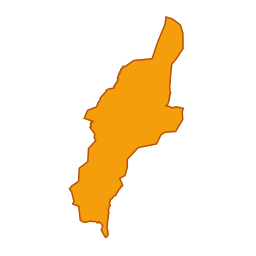 Ixtamir, Arhangay, Mongolia, rotated 354°
{"feature_id": "93677404B6995675757319", "entity_name": "Ixtamir", "entity_type": "district", "adm_level": 2, "iso_a3": "MNG", "parent_name": "Mongolia", "parent_adm1": "Arhangay", "projection": "albers", "projection_center": [100.859, 47.539], "detail": "fine", "context": "isolated", "style": "filled", "palette": "amber", "viewbox_px": 256, "rotation_deg": 354, "n_neighbors": 0, "source": "geoboundaries", "source_scale": "gbopen_adm2", "svg_char_len": 4932}
<svg xmlns="http://www.w3.org/2000/svg" viewBox="0 0 256 256"><g transform="rotate(354 128 128)"><path d="M191.1,54.7L192.5,39.4L190.9,31.1L183.9,24.4L177.4,21.5L177.1,23.6L175.2,29.7L166.7,45.3L159.2,61.6L140.7,61.5L130.8,66.9L129.9,66.2L129.9,66.3L129.7,66.3L129.1,66.7L129.0,66.8L129.1,67.1L129.0,67.3L128.9,67.4L128.9,67.5L128.5,67.9L128.0,67.9L127.9,68.0L128.0,68.0L128.0,68.4L128.0,68.5L127.8,68.4L127.7,68.6L127.3,68.9L127.3,69.1L127.2,69.5L126.9,69.5L126.8,69.9L126.8,70.0L126.6,70.2L126.3,70.4L126.1,70.7L125.8,71.5L125.6,71.5L125.5,71.8L125.6,72.2L125.4,72.2L125.3,72.3L125.6,72.4L125.4,72.6L125.4,72.8L125.2,72.8L124.8,73.0L124.6,73.3L124.6,73.5L124.6,73.8L124.4,73.8L124.3,74.1L124.2,74.2L124.1,74.4L124.2,74.5L123.9,74.9L123.7,75.4L123.4,75.6L123.2,76.6L123.2,76.8L122.8,76.9L122.8,77.0L122.8,77.5L122.9,77.8L123.1,77.9L123.1,78.1L123.0,78.3L123.0,78.6L122.7,78.9L122.7,79.0L122.9,79.3L122.8,79.5L122.5,79.9L122.3,80.0L122.4,80.5L122.3,80.8L122.2,81.1L121.8,81.1L121.3,81.4L121.2,81.5L121.2,81.8L121.0,82.0L120.9,81.9L120.8,82.0L120.5,82.3L120.4,82.5L120.4,82.8L120.2,83.0L120.0,83.3L119.9,83.5L119.6,83.7L119.5,83.9L119.4,83.9L119.2,84.2L119.2,84.3L118.6,84.4L118.6,84.5L118.9,84.8L118.7,85.1L118.6,85.3L118.7,85.7L118.7,85.8L118.3,85.9L118.2,86.0L118.2,86.3L118.2,86.5L118.2,86.8L113.8,87.1L110.7,87.8L109.8,89.5L106.5,92.5L103.7,95.1L102.7,97.8L100.9,99.5L99.0,103.7L89.6,106.2L85.4,113.8L94.1,117.8L93.9,118.1L93.6,118.2L93.2,118.2L92.9,118.3L92.6,118.2L92.4,118.2L92.3,118.4L92.1,118.6L91.9,118.9L91.9,119.1L91.7,119.3L91.6,119.5L91.4,119.3L91.3,119.5L91.2,119.6L91.3,119.8L91.3,120.0L91.2,120.3L91.3,120.4L91.3,120.5L91.1,120.6L91.1,120.8L91.2,121.0L91.3,121.0L91.5,121.1L91.2,121.4L91.3,121.6L91.5,121.6L91.3,121.9L91.3,122.0L91.1,122.1L91.1,122.3L91.3,122.2L91.3,122.3L91.2,122.4L91.2,122.5L91.1,122.8L90.8,123.0L91.3,123.1L91.2,123.4L90.9,123.8L90.6,123.9L90.5,124.0L90.7,124.3L90.8,124.3L94.4,130.6L93.4,133.6L94.6,137.1L86.6,144.2L84.5,157.3L75.4,162.8L73.2,175.9L66.0,179.8L63.5,182.3L65.3,186.2L66.6,195.2L65.0,197.8L70.8,200.7L70.9,213.0L70.7,213.8L70.9,214.7L71.1,215.0L72.3,215.7L73.1,216.6L74.1,217.0L74.7,217.2L75.3,217.3L76.2,217.4L76.8,217.3L77.8,217.0L81.6,216.7L81.9,216.8L82.6,217.2L83.1,217.4L83.5,217.5L84.7,217.5L85.7,217.7L86.7,218.0L87.1,218.3L87.3,218.9L87.4,219.1L87.9,219.3L88.2,219.3L88.5,219.2L88.8,218.8L89.2,218.4L89.6,218.3L92.7,222.3L90.8,226.6L92.4,230.8L94.2,234.5L95.4,234.1L96.1,233.6L96.7,232.8L96.9,232.2L97.2,231.1L97.0,230.1L97.1,228.9L97.1,228.6L97.1,228.4L97.1,228.2L97.1,227.5L96.9,227.1L96.9,226.5L96.9,226.1L96.7,225.7L96.6,224.9L96.6,224.7L96.9,224.1L96.9,223.9L97.1,223.5L97.0,223.0L97.1,222.7L97.4,222.3L97.4,221.6L97.3,221.4L97.4,221.1L97.5,220.2L97.7,219.9L97.8,219.8L97.8,219.5L97.9,219.4L97.9,219.2L97.8,218.9L97.7,218.8L97.8,218.6L97.7,218.5L97.7,218.3L97.9,218.0L98.0,217.8L98.1,217.4L98.2,217.2L98.6,216.6L98.9,216.2L98.9,215.9L98.9,215.6L98.9,215.4L99.0,215.2L99.1,214.9L99.2,214.4L99.1,214.1L99.0,213.9L99.0,213.7L98.9,213.4L99.3,212.3L99.5,212.1L99.5,211.9L99.7,211.6L99.5,211.2L99.6,210.9L100.1,210.4L100.2,210.0L100.1,209.2L100.1,208.8L100.0,208.7L99.9,208.6L99.8,208.1L99.7,207.9L99.6,207.7L99.8,207.3L100.2,206.8L100.2,206.7L100.4,206.7L100.7,205.9L100.7,205.5L100.7,205.1L101.1,204.3L101.3,204.1L101.5,204.0L101.9,203.7L102.0,203.3L102.2,203.2L102.3,202.8L102.3,202.7L102.1,202.5L101.9,202.5L101.8,202.4L101.5,201.9L101.5,201.4L101.7,200.7L102.0,200.5L102.1,200.0L102.3,199.7L102.7,199.3L102.8,198.8L102.8,198.4L102.9,197.9L102.9,197.4L103.0,197.3L103.2,197.1L103.5,197.0L104.2,196.8L104.6,196.6L105.6,195.7L105.9,195.2L106.1,195.0L106.3,194.8L106.6,194.5L107.0,194.3L107.2,194.1L107.5,193.9L108.5,193.9L108.9,193.7L109.0,193.5L109.2,193.3L109.3,193.0L109.3,192.7L109.2,192.3L109.2,192.2L109.6,191.8L110.1,191.6L110.1,191.3L110.2,191.2L110.8,190.9L111.3,190.0L111.6,189.9L112.2,188.6L112.4,188.4L113.4,187.8L113.5,187.8L113.7,187.6L114.1,187.1L114.2,186.8L114.3,186.4L114.5,186.0L114.6,185.9L115.0,185.8L115.1,185.6L115.2,185.4L115.8,185.4L115.9,185.1L116.3,184.9L116.2,184.7L116.3,184.5L116.5,184.4L116.7,184.1L114.5,177.2L119.9,175.0L123.1,167.6L124.1,158.9L132.4,151.8L136.1,148.6L154.7,146.8L160.0,138.2L164.4,136.1L175.1,136.4L177.1,133.5L183.4,125.2L183.6,117.9L185.0,114.2L177.9,111.9L174.2,112.6L170.8,110.7L168.3,110.0L168.5,109.9L168.5,109.7L169.1,109.3L169.4,109.2L169.7,108.8L170.1,108.6L170.3,108.0L170.4,107.6L170.5,107.6L170.6,107.3L170.8,106.8L171.0,106.5L171.1,106.2L171.3,105.9L171.3,105.5L171.8,104.8L171.9,104.5L172.1,104.3L172.1,104.0L171.7,103.7L171.7,103.3L171.9,103.3L172.0,103.2L172.0,102.7L172.3,102.2L172.5,102.0L172.6,101.6L172.8,101.2L172.8,100.7L172.7,100.5L172.7,100.2L172.9,99.9L172.7,99.5L172.7,99.4L172.8,99.3L173.3,99.3L173.4,99.2L173.5,98.2L173.8,97.8L174.2,97.5L174.1,97.3L173.8,97.1L173.7,96.7L173.7,92.1L175.7,80.9L178.1,69.3L182.9,64.6L191.1,54.7Z" fill="#f59e0b" stroke="#b45309" stroke-width="1.5"/></g></svg>